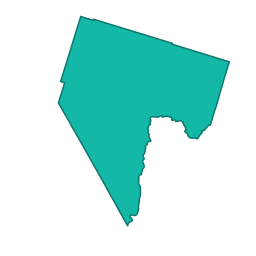 Clark, Nevada, United States of America (Robinson projection), rotated 17°
{"feature_id": "52423323B18852235556590", "entity_name": "Clark", "entity_type": "district", "adm_level": 2, "iso_a3": "USA", "parent_name": "United States of America", "parent_adm1": "Nevada", "projection": "robinson", "projection_center": [-114.639, 35.928], "detail": "fine", "context": "isolated", "style": "filled", "palette": "teal", "viewbox_px": 256, "rotation_deg": 17, "n_neighbors": 0, "source": "geoboundaries", "source_scale": "gbopen_adm2", "svg_char_len": 3019}
<svg xmlns="http://www.w3.org/2000/svg" viewBox="0 0 256 256"><g transform="rotate(17 128 128)"><path d="M205.5,35.1L195.8,35.1L145.6,35.0L145.6,34.1L63.4,34.1L63.4,35.2L50.2,35.2L50.0,103.2L54.2,103.3L54.2,108.3L54.1,124.3L62.1,131.9L67.3,136.7L69.0,138.3L70.8,140.0L72.5,141.6L72.6,141.8L83.2,151.8L90.6,158.7L91.2,159.4L91.3,159.5L92.2,160.3L92.4,160.5L94.5,162.5L99.8,167.5L102.5,170.1L111.9,179.1L113.0,180.2L114.8,181.9L116.7,183.6L117.2,184.1L121.7,188.4L130.3,196.8L131.7,198.1L131.8,198.1L141.9,207.9L142.0,208.0L156.5,221.9L156.2,221.2L156.1,220.0L156.2,219.3L156.6,218.3L157.0,217.6L158.7,216.2L159.0,215.6L159.1,215.2L158.9,214.5L158.2,213.7L157.4,213.1L155.7,212.3L155.3,211.8L155.6,211.4L156.8,210.1L157.6,209.8L159.4,209.9L160.3,209.6L161.1,209.1L161.6,208.1L161.9,205.6L161.9,203.5L161.7,201.8L161.4,201.2L161.0,200.9L160.7,198.8L160.7,198.0L160.4,195.5L159.5,192.0L159.6,189.1L158.9,186.3L158.3,184.7L157.0,180.6L154.9,178.6L154.0,177.1L153.8,176.5L153.7,174.8L153.1,173.3L152.7,172.4L152.6,171.4L152.8,170.0L153.1,169.6L154.0,168.9L154.4,168.3L154.5,167.9L154.4,167.7L154.2,167.4L154.1,166.8L154.0,164.9L153.7,163.5L153.8,163.2L154.3,162.5L154.7,161.5L154.8,160.2L154.4,159.3L152.8,157.0L151.7,156.0L151.7,154.7L152.4,153.3L152.5,152.6L152.3,152.2L151.3,151.6L150.7,151.0L150.4,150.3L150.4,149.9L151.1,147.7L151.2,145.4L150.7,144.1L150.9,142.0L149.8,140.3L150.0,139.9L150.5,139.5L151.2,137.8L151.2,137.5L150.9,136.6L150.9,136.0L151.0,135.4L152.4,134.5L153.4,134.4L153.6,133.4L150.8,130.6L150.1,129.6L150.2,128.0L149.5,127.3L148.4,126.6L148.2,126.4L148.5,125.1L148.3,124.5L147.4,123.1L147.2,122.2L147.2,120.0L147.2,119.6L147.4,119.3L147.7,119.0L148.2,118.4L148.3,117.8L148.3,117.5L148.0,117.0L147.5,116.8L147.4,116.5L147.4,116.2L147.5,115.7L147.8,115.1L147.8,114.7L147.4,114.0L147.2,113.5L146.3,112.6L146.2,112.4L146.2,111.8L146.3,111.5L146.9,110.8L147.8,110.1L149.4,109.7L150.0,109.7L153.7,108.8L154.0,108.5L154.2,108.1L156.6,106.2L156.9,106.4L157.4,107.3L157.9,107.5L158.6,107.1L159.5,106.2L161.7,105.3L163.9,105.2L166.7,105.3L167.2,105.6L167.3,105.9L167.3,106.2L167.3,106.7L167.2,107.0L167.2,107.3L167.4,107.5L167.5,107.6L168.1,107.7L168.8,107.5L170.2,106.6L170.8,106.5L171.2,106.6L171.7,107.4L172.1,107.8L173.9,106.8L174.7,105.9L175.1,105.7L175.7,105.7L178.5,106.1L179.3,107.4L181.5,109.7L182.2,110.0L183.9,112.3L184.1,113.1L183.9,113.4L183.4,113.9L183.2,114.3L183.3,114.6L183.4,114.8L186.3,116.0L187.1,117.0L187.4,117.7L187.7,118.0L188.6,118.6L189.8,119.2L190.2,119.2L191.9,119.1L193.7,118.5L195.0,117.9L195.9,117.8L196.9,118.2L197.1,118.2L197.4,117.8L198.3,116.5L198.3,115.9L198.3,115.3L198.4,114.6L200.2,111.0L200.3,110.8L200.0,110.4L199.5,110.0L199.4,109.9L199.5,109.3L199.7,109.0L200.5,108.5L201.2,108.5L201.5,108.3L202.4,106.0L204.2,102.3L204.8,101.4L205.9,101.0L205.9,95.8L205.9,95.2L205.8,93.4L205.8,91.3L205.9,88.6L205.8,87.6L206.0,81.0L206.0,75.7L205.9,72.6L205.7,69.9L205.6,57.6L205.6,57.2L205.5,54.1L205.5,35.1L205.5,35.1Z" fill="#14b8a6" stroke="#0f766e" stroke-width="1.5"/></g></svg>